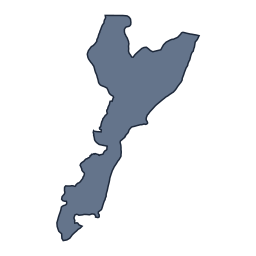 the district of Ovia North-East, Edo, Nigeria
{"feature_id": "59680162B48615386953659", "entity_name": "Ovia North-East", "entity_type": "district", "adm_level": 2, "iso_a3": "NGA", "parent_name": "Nigeria", "parent_adm1": "Edo", "projection": "mercator", "projection_center": [5.497, 6.396], "detail": "fine", "context": "isolated", "style": "filled", "palette": "slate", "viewbox_px": 256, "rotation_deg": 0, "n_neighbors": 0, "source": "geoboundaries", "source_scale": "gbopen_adm2", "svg_char_len": 5349}
<svg xmlns="http://www.w3.org/2000/svg" viewBox="0 0 256 256"><path d="M101.3,209.7L101.6,209.2L101.9,208.4L102.2,207.4L102.5,206.5L102.9,205.0L103.9,202.0L104.4,200.7L105.0,199.8L105.4,197.9L106.1,196.5L106.2,194.3L106.6,192.6L107.2,190.7L107.6,188.8L108.0,186.8L109.1,182.4L109.5,180.5L109.9,177.9L111.1,174.1L111.7,172.4L112.3,170.6L113.4,168.5L114.2,166.8L115.2,165.3L116.1,164.0L117.9,161.0L119.0,159.7L120.6,157.0L121.0,156.1L121.0,155.4L121.0,154.4L121.2,152.9L121.2,151.0L121.0,150.2L121.0,148.9L121.0,147.4L120.8,145.1L120.4,143.6L120.1,142.5L120.3,141.2L120.8,140.6L122.1,139.6L123.4,138.4L124.7,137.4L125.3,136.3L125.1,136.2L125.9,135.1L126.6,134.3L127.6,133.2L128.0,132.8L128.6,131.4L129.0,130.1L130.1,128.6L131.5,127.1L132.7,126.7L134.2,126.4L135.6,126.0L137.3,125.5L139.0,125.1L140.2,124.7L141.7,124.7L142.9,124.4L143.9,124.0L144.8,124.2L145.8,124.4L146.8,123.9L147.4,123.5L147.6,122.9L147.2,121.6L146.6,120.6L146.2,119.9L146.2,119.3L146.2,118.2L146.6,116.7L147.0,115.9L147.4,114.8L148.3,114.0L148.9,113.1L149.7,112.0L150.3,111.3L151.4,110.1L152.8,108.6L155.3,105.8L156.6,104.6L157.2,104.1L163.1,99.2L164.4,98.2L165.6,97.1L167.9,95.8L169.9,94.3L171.6,93.2L172.0,92.9L173.3,92.1L175.1,90.2L176.1,88.9L177.6,86.5L179.5,84.0L181.1,82.0L182.1,80.1L182.3,78.2L183.6,74.9L184.4,72.3L184.8,71.3L186.1,67.9L187.6,65.6L188.0,63.5L188.5,62.4L188.7,61.7L189.7,60.0L190.3,57.6L190.7,55.9L191.3,54.0L192.1,52.3L193.2,51.2L193.8,48.6L194.4,47.1L195.2,42.0L196.7,40.3L197.5,39.1L199.1,35.7L196.3,35.0L193.9,34.6L191.8,34.2L190.1,34.0L186.6,33.2L183.5,32.4L182.4,32.4L181.4,33.0L181.0,33.7L180.2,34.7L179.1,35.8L177.9,37.1L176.9,37.7L175.2,38.4L173.3,39.3L172.0,39.3L170.0,40.1L166.2,42.1L165.6,42.7L164.5,43.8L163.5,44.9L162.8,46.1L160.8,49.8L153.7,51.5L153.4,51.6L152.7,51.7L152.1,51.4L151.0,50.9L149.7,50.0L149.4,49.7L148.7,49.0L146.5,47.3L145.7,47.3L144.0,47.5L141.9,48.4L140.2,49.9L139.1,50.9L138.5,51.4L136.4,53.3L134.9,54.8L134.1,55.9L133.2,57.2L132.0,57.2L131.3,56.5L130.7,55.3L129.2,53.3L128.8,52.1L128.5,51.2L128.7,48.7L128.5,46.1L128.9,43.7L128.6,42.6L128.5,41.4L128.0,40.2L127.2,38.0L126.1,36.3L125.8,35.7L125.3,34.4L124.9,34.1L124.6,32.7L124.4,32.1L124.4,31.3L124.4,29.3L125.0,28.3L125.1,28.2L125.6,27.4L126.7,26.8L128.0,26.6L129.0,26.3L129.7,25.9L130.7,24.6L130.9,22.5L130.5,19.1L129.9,18.3L129.4,17.5L128.6,16.8L127.1,15.9L125.3,15.7L122.9,15.5L105.2,15.4L105.6,17.7L105.0,19.2L104.4,20.1L104.0,22.0L104.0,22.9L102.3,25.3L101.5,27.2L100.7,29.5L99.9,31.4L99.7,32.5L99.1,33.6L98.4,35.7L98.0,37.4L98.0,37.5L97.4,38.5L96.8,40.0L96.8,41.3L95.1,43.6L94.3,44.5L92.9,45.8L91.4,46.6L90.4,47.9L89.8,48.8L88.5,50.5L87.5,53.3L87.3,54.3L87.9,57.3L88.1,57.8L88.6,59.0L89.6,60.5L90.8,62.2L92.1,63.7L92.7,64.7L93.8,66.2L94.4,68.3L94.8,70.0L95.6,72.6L96.3,74.0L96.9,75.7L97.0,76.1L97.3,77.4L98.0,79.6L98.6,82.5L99.2,83.6L100.3,84.9L101.3,85.5L102.3,85.9L102.7,86.1L103.4,86.3L105.2,87.1L106.1,87.6L106.9,88.0L107.9,89.9L108.2,90.7L109.2,93.1L110.0,94.1L111.3,95.2L112.9,96.0L113.4,96.9L113.6,97.3L113.2,97.9L112.1,101.3L111.3,101.1L110.6,101.3L110.1,101.3L109.8,102.4L109.6,103.3L109.4,104.5L108.8,105.6L108.2,106.9L107.8,108.2L107.6,109.2L106.8,110.1L106.8,111.0L106.8,111.8L107.4,113.3L106.8,114.1L106.2,114.8L105.3,115.4L104.5,116.7L103.5,118.0L102.8,118.9L102.6,120.1L102.1,121.1L101.8,121.6L101.2,124.0L101.0,124.9L100.8,126.3L100.2,127.3L99.6,127.4L99.5,128.4L99.8,129.2L100.8,129.6L101.3,129.8L101.2,131.4L101.1,131.9L99.3,131.8L98.7,131.7L97.7,131.7L94.5,131.3L94.0,131.1L93.6,130.7L93.3,132.1L93.2,132.6L93.8,134.1L93.6,135.0L94.0,136.5L94.4,138.4L94.5,139.4L94.8,140.2L95.4,141.2L95.9,141.8L96.9,142.8L97.8,143.5L98.3,143.8L99.0,144.4L99.4,144.5L100.2,144.7L101.7,145.0L102.8,145.3L103.4,145.3L103.7,145.5L105.2,145.7L107.2,146.2L107.1,146.8L107.0,147.3L106.9,148.1L106.9,148.9L106.8,149.6L106.1,150.2L105.0,150.8L104.0,152.0L103.0,154.1L101.7,154.5L101.1,154.6L99.9,154.8L99.5,155.4L98.7,155.2L98.5,154.7L98.0,154.4L97.2,154.3L96.4,154.0L95.2,153.6L94.6,154.1L94.0,153.7L92.9,154.2L92.4,154.4L91.8,154.2L91.4,154.5L91.0,155.5L90.5,155.5L90.1,155.7L90.0,156.6L89.2,157.6L88.2,157.8L87.5,158.6L86.4,158.8L85.7,159.2L84.9,160.0L83.9,161.2L81.8,162.6L80.7,163.7L80.5,164.3L80.1,165.3L80.7,166.4L81.2,167.7L81.7,168.7L81.9,170.2L82.8,171.5L83.2,171.9L83.9,172.5L84.3,173.2L84.4,173.7L84.3,174.4L84.1,175.2L84.0,175.7L83.7,176.1L83.5,176.6L83.1,176.9L82.7,178.5L81.6,179.9L80.4,181.6L78.8,182.9L77.7,183.2L76.0,184.8L75.6,185.9L75.0,186.4L73.9,186.1L73.4,185.9L71.9,185.7L70.2,186.0L67.5,186.0L65.7,185.9L64.6,187.2L64.5,188.7L64.5,190.2L64.5,191.0L64.8,191.7L64.8,192.9L64.2,194.3L63.5,195.0L62.1,196.6L61.6,199.2L62.7,200.6L64.5,201.2L66.4,201.3L66.7,202.6L66.5,204.2L65.5,205.0L63.5,205.6L62.3,206.3L61.9,206.7L61.4,207.1L60.9,209.7L60.2,212.1L59.5,214.0L58.6,216.7L57.8,219.7L56.9,222.8L57.2,226.6L58.2,229.6L58.8,231.2L60.5,232.8L61.6,233.7L61.9,238.4L62.4,239.2L63.2,240.6L66.9,239.9L69.8,238.2L72.3,234.8L74.6,232.6L76.6,230.9L78.1,229.3L80.1,228.2L82.1,226.2L79.0,224.9L77.8,223.2L77.0,222.8L74.8,223.2L74.6,221.5L74.8,220.5L73.9,218.0L74.9,215.0L76.5,214.3L77.9,214.6L78.8,215.2L82.1,214.9L84.2,214.4L87.0,214.5L89.4,214.8L90.3,214.5L92.0,213.9L94.6,214.3L95.7,216.5L95.6,217.1L98.0,217.6L99.2,216.9L99.2,215.9L99.2,214.8L98.3,213.5L98.4,211.9L99.7,210.9L100.5,210.3L101.3,209.7Z" fill="#64748b" stroke="#1e293b" stroke-width="1.5"/></svg>